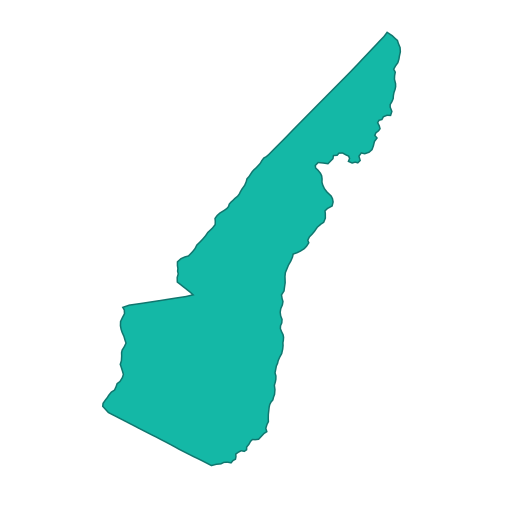 outline of Jaguaré, Espírito Santo, Brazil, rotated 261°
{"feature_id": "56859067B91185304264110", "entity_name": "Jaguaré", "entity_type": "district", "adm_level": 2, "iso_a3": "BRA", "parent_name": "Brazil", "parent_adm1": "Espírito Santo", "projection": "albers", "projection_center": [-39.98, -18.968], "detail": "fine", "context": "isolated", "style": "filled", "palette": "teal", "viewbox_px": 512, "rotation_deg": 261, "n_neighbors": 0, "source": "geoboundaries", "source_scale": "gbopen_adm2", "svg_char_len": 3563}
<svg xmlns="http://www.w3.org/2000/svg" viewBox="0 0 512 512"><g transform="rotate(261 256 256)"><path d="M456.4,420.5L452.7,416.7L448.9,411.6L446.0,407.9L443.5,404.6L439.0,398.8L436.7,395.8L433.2,391.2L430.2,387.4L422.6,377.4L395.9,341.0L375.0,312.6L369.0,304.7L363.8,297.6L358.8,290.7L354.2,284.5L352.4,281.5L351.6,279.1L349.3,276.7L346.8,274.7L344.9,272.3L342.9,269.7L341.6,267.6L340.0,265.6L337.5,263.3L335.6,261.6L333.7,259.2L330.8,257.9L327.6,255.9L324.4,252.7L322.1,250.8L319.8,249.2L317.9,247.2L316.2,244.2L314.5,241.9L313.2,239.8L311.4,237.7L309.1,236.6L307.5,234.7L306.0,231.7L304.1,227.1L302.1,224.0L299.5,221.4L296.6,221.2L293.4,220.6L290.5,217.5L288.2,214.2L286.8,212.1L283.8,209.3L280.9,205.9L278.4,202.6L276.1,199.3L272.9,197.0L270.3,194.2L268.6,192.0L266.6,189.3L266.2,185.6L265.1,181.5L262.5,177.5L258.8,176.9L255.8,176.9L253.3,176.2L250.5,176.4L247.1,174.8L242.6,174.2L230.7,185.2L227.5,187.8L226.9,180.5L227.0,169.6L227.0,152.5L227.1,135.4L227.3,123.2L226.1,116.4L223.3,117.5L219.6,117.1L216.3,114.6L212.5,112.0L208.3,111.2L204.8,111.3L201.2,111.9L197.3,113.0L193.2,113.5L190.3,114.0L187.1,111.8L184.0,109.1L181.5,108.1L178.3,107.7L173.7,106.7L170.2,105.0L167.2,105.5L163.2,106.1L159.8,106.5L156.8,105.0L153.3,102.0L151.7,98.9L148.9,97.4L145.7,95.3L144.2,91.8L141.5,88.8L139.5,87.1L137.5,84.9L134.4,81.9L131.5,81.1L128.8,82.9L124.5,85.7L122.0,89.1L114.1,99.9L106.2,110.7L104.2,113.3L95.2,125.7L92.9,129.0L89.5,133.5L86.3,137.9L84.5,140.3L79.7,146.6L77.3,149.6L73.6,154.7L67.5,163.1L65.3,166.4L62.4,170.5L56.0,179.2L56.5,184.2L56.2,188.8L57.2,192.0L56.8,195.7L55.6,199.0L57.6,201.3L58.5,203.9L61.0,204.8L63.5,205.0L64.9,207.7L66.0,210.9L64.9,213.9L66.1,216.4L68.8,216.9L71.1,219.5L73.8,221.6L75.3,223.8L74.7,226.5L74.6,229.9L77.4,233.5L79.5,236.2L80.8,239.2L84.3,238.7L88.1,240.6L90.4,242.3L93.6,242.7L97.6,243.4L101.2,244.4L104.5,245.3L107.1,246.3L109.3,247.9L111.2,250.1L113.6,251.1L116.5,252.7L121.1,253.8L125.4,253.9L128.6,255.4L131.1,256.3L134.4,256.9L137.6,256.5L140.6,257.6L144.2,258.9L146.6,260.5L149.1,261.5L152.4,263.6L155.6,266.1L159.9,267.8L163.3,268.7L166.1,269.0L168.4,269.8L171.4,270.5L174.1,270.4L177.3,269.4L180.4,268.7L183.3,269.3L185.9,271.0L189.3,271.8L193.0,271.0L196.7,271.1L200.1,272.2L203.6,274.4L206.8,275.5L209.8,275.1L213.6,275.1L217.1,278.2L220.5,279.2L225.0,280.6L228.7,281.1L231.2,281.4L235.0,282.4L238.1,284.3L241.9,286.6L245.6,289.6L249.3,291.9L252.1,293.0L252.8,297.0L253.9,300.6L255.7,304.8L257.8,307.5L260.8,310.2L263.5,309.6L266.6,311.8L268.7,314.7L271.2,317.6L274.9,321.1L277.4,325.2L278.7,328.1L282.5,330.4L287.1,331.1L289.8,331.2L291.8,334.1L293.5,339.0L297.3,340.6L300.7,340.5L303.5,339.6L308.1,336.1L311.8,334.1L315.8,333.0L318.6,332.7L321.8,333.3L324.9,333.4L327.6,332.6L331.1,330.6L333.5,328.7L336.1,328.7L338.6,332.0L337.4,336.7L335.9,341.5L338.4,344.9L340.1,347.2L343.1,348.2L342.8,351.9L344.6,354.0L344.2,357.6L341.7,360.8L340.2,363.1L337.7,363.7L335.0,362.1L332.8,365.5L333.2,368.6L332.1,371.1L334.0,373.8L338.5,373.3L341.3,376.1L340.0,379.4L340.8,383.9L342.9,387.2L346.3,389.1L350.6,390.9L353.6,394.0L356.6,392.2L358.9,393.7L360.5,396.6L362.3,398.4L365.3,398.1L368.6,397.0L370.8,398.7L371.1,401.7L373.6,403.6L374.5,407.4L373.8,410.9L377.5,412.8L382.0,411.8L384.6,412.2L387.1,414.3L390.0,416.1L393.0,416.8L395.8,417.8L399.0,419.5L401.4,420.4L404.3,420.8L409.0,420.4L412.4,421.1L415.8,422.3L419.0,421.2L422.1,423.7L424.7,426.3L428.2,428.0L431.0,428.9L435.1,430.5L439.3,430.9L444.0,429.8L446.8,429.4L448.9,427.6L452.2,425.1L456.4,420.5Z" fill="#14b8a6" stroke="#0f766e" stroke-width="1.5"/></g></svg>